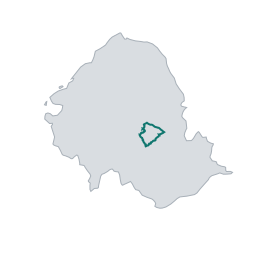 Sandan, Kâmpóng Thum, Cambodia (highlighted), rotated 64°
{"feature_id": "14789045B38871502259240", "entity_name": "Sandan", "entity_type": "district", "adm_level": 2, "iso_a3": "KHM", "parent_name": "Cambodia", "parent_adm1": "Kâmpóng Thum", "projection": "albers", "projection_center": [105.429, 13.113], "detail": "fine", "context": "in_parent", "style": "outline", "palette": "teal", "viewbox_px": 256, "rotation_deg": 64, "n_neighbors": 0, "source": "geoboundaries", "source_scale": "gbopen_adm2", "svg_char_len": 6107}
<svg xmlns="http://www.w3.org/2000/svg" viewBox="0 0 256 256"><g transform="rotate(64 128 128)"><path d="M213.7,53.5L214.3,55.5L212.9,59.1L211.4,62.4L208.6,65.2L208.5,67.3L207.6,73.6L208.0,75.6L208.7,77.3L209.6,78.2L212.1,84.4L214.4,89.9L216.6,94.5L217.0,97.4L215.1,104.8L212.7,111.6L213.0,114.9L214.0,118.3L215.1,122.8L215.6,128.5L215.0,132.3L214.0,134.6L212.0,137.0L210.2,138.2L208.0,136.2L206.3,136.2L204.0,136.8L202.2,137.7L198.6,141.3L194.6,144.7L188.9,145.6L186.8,148.1L184.4,148.5L180.0,148.6L177.1,149.2L177.2,150.5L177.0,156.5L177.1,157.9L176.6,158.3L174.6,158.5L171.2,157.6L166.5,156.1L163.3,155.9L161.6,158.5L160.6,159.5L159.3,159.7L158.0,160.1L157.6,161.3L157.5,162.8L158.1,165.3L158.4,169.2L158.2,171.9L159.4,173.7L166.5,179.4L168.6,180.8L168.8,181.7L167.6,184.8L168.7,189.2L166.5,189.1L162.8,187.3L161.0,186.1L158.9,187.0L158.1,186.9L156.7,184.7L154.8,182.5L152.8,182.3L148.7,183.2L144.5,183.8L142.9,183.8L142.2,184.2L139.8,187.5L138.8,186.9L134.5,185.7L130.6,185.2L129.8,186.0L130.3,188.7L131.2,191.3L130.7,192.5L128.5,193.8L125.7,196.3L124.0,198.2L122.8,198.7L118.5,198.6L114.2,198.8L112.5,200.7L110.9,202.1L109.5,202.5L103.9,197.9L92.8,196.3L91.7,194.3L90.6,193.9L89.6,196.5L83.5,198.9L80.9,197.4L79.1,195.6L79.4,193.4L81.1,191.6L84.2,190.3L85.6,185.8L83.3,179.9L81.3,178.2L79.2,176.8L77.0,179.0L75.0,182.7L73.1,184.6L70.3,185.0L66.2,184.8L64.7,179.2L64.2,174.5L64.8,169.1L65.5,165.8L61.6,161.4L61.4,157.1L59.6,155.0L59.0,156.0L59.0,157.3L58.5,156.4L52.5,143.9L51.5,138.2L52.6,133.8L53.3,132.3L51.5,129.9L49.1,127.3L44.7,123.7L44.5,118.3L43.6,111.8L42.3,109.6L40.3,105.6L39.3,102.3L39.0,93.5L39.6,92.8L42.7,92.6L46.7,92.0L47.3,90.6L46.6,89.5L49.2,87.5L52.9,83.2L55.7,78.8L57.8,75.9L59.0,73.1L63.2,69.1L68.9,66.4L72.7,65.8L76.7,64.9L80.5,63.6L82.3,63.4L87.1,65.1L89.6,65.5L92.3,65.5L95.1,65.7L97.6,65.6L103.4,64.5L109.5,65.4L115.1,64.7L121.9,63.4L125.2,64.2L128.3,65.6L128.7,68.2L129.4,69.4L130.4,70.4L131.8,70.4L133.5,68.5L135.0,66.6L135.4,66.3L135.5,67.2L136.2,69.3L137.5,71.3L138.8,72.7L141.0,74.5L142.5,74.5L147.1,72.8L154.1,75.3L154.9,76.5L157.2,79.1L159.7,80.9L165.1,81.0L167.1,76.5L166.1,73.8L163.0,69.1L162.1,66.4L163.1,65.9L168.4,65.3L169.3,64.8L170.4,61.7L171.8,62.1L174.8,62.4L177.8,60.3L179.7,58.2L180.7,59.1L181.7,60.7L182.9,61.6L185.2,62.9L187.6,64.7L189.2,66.5L190.4,67.2L193.5,66.7L194.3,66.8L196.1,64.5L197.4,63.3L198.5,63.7L200.1,63.6L203.3,60.8L205.2,58.2L206.2,57.5L209.1,58.8L210.3,58.5L211.9,55.0L213.7,53.5ZM62.7,171.9L62.1,172.2L61.5,172.2L60.9,171.7L61.0,169.7L61.4,168.5L62.4,168.3L62.7,171.9ZM71.8,191.6L70.5,192.9L68.6,190.1L68.6,189.4L71.8,191.6Z" fill="#d9dde1" stroke="#a8b0b8" stroke-width="1"/><path d="M131.9,112.3L132.2,112.3L132.7,112.3L133.4,112.2L133.5,112.3L133.7,112.5L133.8,112.6L133.9,112.8L134.0,112.9L134.2,113.0L134.3,113.1L134.5,113.1L134.6,113.3L134.7,113.5L134.8,113.7L134.8,113.8L134.9,114.0L135.0,114.0L135.2,114.3L135.3,114.3L135.2,114.5L134.9,114.9L135.0,114.9L135.1,115.0L135.2,115.3L135.3,115.4L135.3,115.2L135.3,114.9L135.5,114.8L135.6,114.7L135.8,114.8L135.9,114.7L136.0,114.7L136.1,114.4L136.3,114.3L136.5,114.2L136.9,114.1L137.2,114.1L137.5,114.1L138.1,114.1L138.3,114.3L138.4,114.6L138.4,114.9L138.4,115.0L138.4,115.3L138.2,115.6L138.3,115.7L138.5,115.7L138.7,115.8L138.8,116.2L138.7,116.7L138.6,117.2L138.5,117.3L138.3,117.5L138.5,117.7L138.5,117.9L138.5,118.0L138.3,118.6L138.7,118.9L138.8,119.1L139.0,119.4L139.2,119.8L139.3,120.2L139.3,120.3L139.2,120.4L139.1,120.5L139.4,120.6L139.5,120.5L139.8,120.5L140.1,120.6L140.3,120.5L140.6,120.6L140.8,120.6L141.2,120.6L141.4,120.6L141.5,120.5L141.8,120.4L142.0,120.3L142.4,120.2L142.5,120.0L142.8,119.9L143.0,119.7L143.3,119.8L143.5,119.7L143.7,119.8L144.0,119.8L144.2,119.7L144.4,119.7L144.5,119.9L144.8,119.9L145.0,119.9L145.3,119.9L145.4,120.0L145.5,119.9L145.6,120.0L145.7,119.9L145.8,119.9L146.0,119.9L146.3,119.9L146.4,120.0L146.6,120.0L146.8,120.1L147.0,120.1L147.3,120.1L147.6,120.1L147.8,120.1L148.0,120.0L148.1,119.9L148.4,119.9L148.5,119.8L148.8,119.9L149.0,119.9L149.3,119.9L149.5,119.8L149.8,119.7L150.1,119.6L150.3,119.4L150.4,119.5L150.7,119.4L150.7,119.5L150.8,119.5L151.0,119.5L151.3,119.6L151.4,119.8L151.5,119.9L151.5,120.0L151.8,120.1L152.2,120.1L152.2,119.9L152.1,119.6L152.3,119.5L152.3,119.4L152.2,119.2L151.9,118.8L151.9,118.7L152.1,118.5L152.2,118.4L152.3,118.2L152.4,117.9L152.5,117.7L152.4,117.3L152.4,117.1L152.2,116.8L152.1,116.5L152.0,116.4L151.6,116.3L151.5,116.2L151.3,115.7L151.5,115.4L151.8,115.2L151.9,114.9L152.0,114.7L152.0,114.4L151.9,114.3L151.6,113.9L151.4,113.9L151.1,113.8L150.9,113.6L150.9,113.4L151.1,112.9L151.1,112.7L151.0,112.3L150.9,111.8L150.6,111.2L150.5,110.8L150.5,110.7L150.7,110.4L150.8,110.2L150.8,109.9L150.9,109.7L151.0,109.6L151.0,109.4L151.1,109.2L151.0,108.9L150.8,108.8L150.7,108.5L150.7,108.4L150.4,108.3L150.2,108.2L149.9,108.0L149.9,107.9L149.8,107.7L149.6,107.6L149.5,107.3L149.5,106.9L149.4,106.6L149.3,106.3L149.1,105.6L149.0,105.4L149.0,105.2L149.1,104.9L149.1,104.6L149.0,104.2L148.4,103.5L147.7,103.3L147.7,103.2L147.8,103.1L147.7,103.1L147.8,103.0L147.8,102.8L147.8,102.6L147.7,102.5L147.8,102.4L147.8,102.1L147.7,101.9L147.8,101.7L147.7,101.3L147.7,101.2L147.8,101.0L147.8,100.9L147.7,100.5L147.6,100.2L147.7,99.8L147.8,99.7L147.8,99.4L147.8,99.2L147.8,98.7L147.7,98.5L147.6,98.3L147.6,98.1L147.6,97.8L147.6,97.7L147.4,97.5L147.4,97.4L147.2,97.5L146.9,97.9L146.0,98.1L145.4,98.3L145.0,98.6L144.6,98.8L144.3,99.0L144.1,99.1L143.8,99.2L143.5,99.3L143.2,99.4L142.7,99.6L142.3,99.8L141.6,100.1L141.3,100.3L141.1,100.5L141.0,100.8L140.9,101.0L140.7,101.1L140.5,101.4L140.1,101.7L140.0,101.9L139.7,102.2L139.6,102.4L139.3,102.6L138.8,103.2L138.6,103.4L138.5,103.5L138.3,103.6L137.5,103.9L137.2,104.0L136.9,104.2L136.6,104.3L136.4,104.5L135.7,104.9L135.5,105.2L135.3,105.4L135.2,105.6L135.0,106.0L134.9,106.4L134.6,106.7L134.4,106.9L134.0,107.2L133.7,107.5L133.4,107.7L133.3,107.8L132.6,108.2L132.2,108.4L132.0,108.5L131.6,108.7L131.7,109.3L131.7,109.8L131.7,110.3L131.7,110.6L131.7,110.8L131.7,111.0L131.7,111.4L131.7,111.7L131.7,111.9L131.8,112.2L131.9,112.3Z" fill="none" stroke="#0f766e" stroke-width="2"/></g></svg>